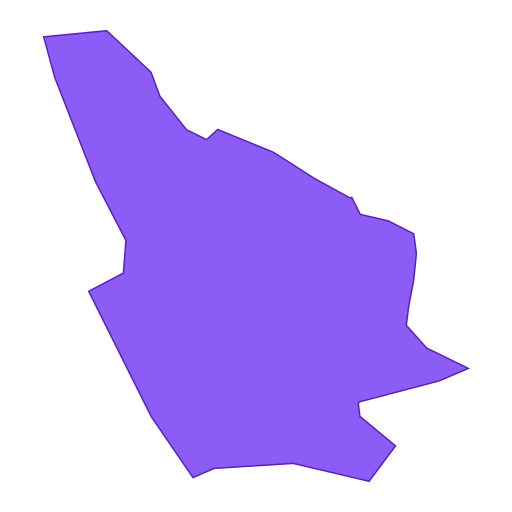 outline of Caerphilly
{"feature_id": "GBR-2113", "entity_name": "Caerphilly", "entity_type": "Unitary Authority (wales)", "adm_level": 1, "iso_a3": "GBR", "parent_name": "United Kingdom", "parent_adm1": "", "projection": "natural_earth1", "projection_center": [-3.164, 51.668], "detail": "fine", "context": "isolated", "style": "filled", "palette": "violet", "viewbox_px": 512, "rotation_deg": 0, "n_neighbors": 0, "source": "natural_earth", "source_scale": "10m", "svg_char_len": 555}
<svg xmlns="http://www.w3.org/2000/svg" viewBox="0 0 512 512"><path d="M468.3,368.4L439.4,380.8L359.6,401.8L358.3,403.4L359.9,416.4L395.5,445.9L369.1,481.3L293.1,463.4L214.1,468.4L193.0,477.6L151.3,416.7L88.7,291.3L123.4,273.1L125.9,240.4L95.5,181.7L54.7,77.3L43.7,36.8L106.7,30.7L151.0,72.2L159.9,96.2L186.5,129.7L206.5,139.6L217.7,129.5L273.7,152.4L314.5,178.5L350.1,198.0L351.7,197.3L360.3,214.4L388.3,220.9L413.8,233.9L416.4,253.5L413.8,279.6L408.8,305.7L406.3,325.3L426.7,348.1L468.3,368.4Z" fill="#8b5cf6" stroke="#5b21b6" stroke-width="1.5"/></svg>